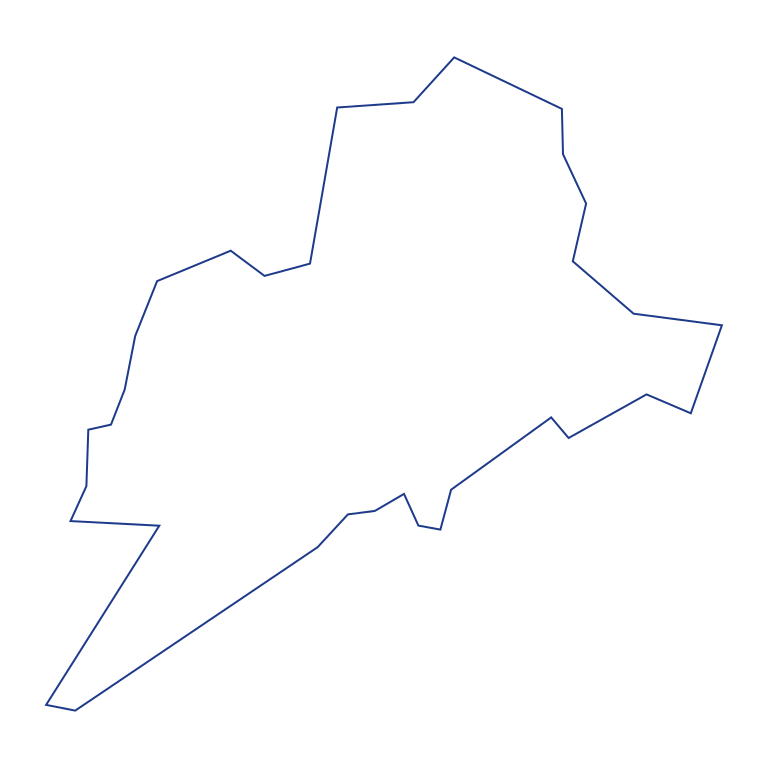 the district of Bagdad, Ferghana, Uzbekistan
{"feature_id": "79887680B98811003326112", "entity_name": "Bagdad", "entity_type": "district", "adm_level": 2, "iso_a3": "UZB", "parent_name": "Uzbekistan", "parent_adm1": "Ferghana", "projection": "equal_earth", "projection_center": [71.205, 40.489], "detail": "fine", "context": "isolated", "style": "outline", "palette": "blue", "viewbox_px": 768, "rotation_deg": 0, "n_neighbors": 0, "source": "geoboundaries", "source_scale": "gbopen_adm2", "svg_char_len": 541}
<svg xmlns="http://www.w3.org/2000/svg" viewBox="0 0 768 768"><path d="M690.8,413.3L721.9,325.3L633.6,313.7L572.8,261.3L586.1,203.6L563.0,154.2L561.9,108.9L454.2,57.4L413.5,102.2L337.2,107.5L321.7,196.7L310.0,263.6L264.5,275.9L230.7,250.7L157.1,281.1L135.2,336.0L124.7,389.5L111.0,424.6L88.3,429.7L86.4,486.1L70.5,521.1L159.3,525.7L46.1,704.9L75.2,710.6L317.7,547.1L347.9,514.4L374.9,510.9L404.0,493.9L418.4,525.6L440.4,529.6L451.1,489.7L551.2,417.4L568.6,438.0L646.5,394.4L690.8,413.3Z" fill="none" stroke="#1e3a8a" stroke-width="2"/></svg>